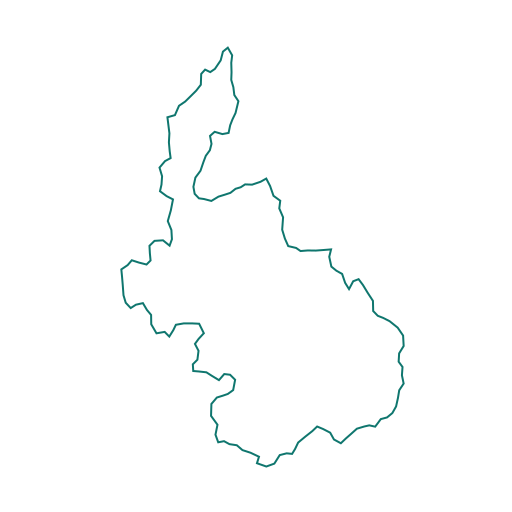 São Miguel do Anta, Minas Gerais, Brazil (Equal Earth projection), rotated 173°
{"feature_id": "56859067B35975223000187", "entity_name": "São Miguel do Anta", "entity_type": "district", "adm_level": 2, "iso_a3": "BRA", "parent_name": "Brazil", "parent_adm1": "Minas Gerais", "projection": "equal_earth", "projection_center": [-42.703, -20.747], "detail": "fine", "context": "isolated", "style": "outline", "palette": "teal", "viewbox_px": 512, "rotation_deg": 173, "n_neighbors": 0, "source": "geoboundaries", "source_scale": "gbopen_adm2", "svg_char_len": 2375}
<svg xmlns="http://www.w3.org/2000/svg" viewBox="0 0 512 512"><g transform="rotate(173 256 256)"><path d="M254.6,411.8L257.9,418.4L257.9,426.3L259.1,433.8L257.9,441.3L257.0,450.8L255.2,458.1L258.6,466.2L263.9,462.9L267.2,454.5L274.0,446.7L279.0,444.1L283.8,447.2L288.2,443.4L289.9,432.7L295.2,427.4L301.1,422.8L307.5,417.9L314.1,414.5L319.3,405.7L327.0,404.5L327.0,397.9L327.0,388.3L328.6,379.4L328.9,370.4L328.8,363.6L334.7,361.3L341.0,355.5L339.5,346.6L341.1,338.4L343.4,332.0L337.4,326.3L331.5,322.3L335.0,311.6L339.3,301.4L336.8,292.1L337.4,282.9L340.5,276.8L346.4,282.9L354.9,283.4L360.5,279.1L361.0,271.8L361.2,264.4L365.7,260.9L372.9,263.7L379.8,266.9L384.5,262.6L391.3,259.1L391.5,251.2L391.8,243.4L392.3,233.2L391.0,225.5L386.7,219.6L381.1,222.3L374.0,223.0L370.8,215.7L367.3,210.3L368.3,201.0L364.2,191.4L355.9,191.8L351.9,186.6L347.1,192.5L343.9,197.5L336.1,197.9L327.1,196.8L320.7,195.7L317.2,185.7L323.1,180.7L327.3,176.2L324.6,168.9L326.8,160.2L331.9,156.2L332.3,149.5L327.0,148.4L319.4,146.6L314.6,142.6L307.9,137.3L301.9,142.7L296.2,141.3L291.8,135.7L295.0,125.7L300.8,122.5L306.0,121.4L312.1,120.3L318.3,114.6L320.1,102.8L314.8,93.2L318.0,83.6L316.2,75.7L310.3,76.1L305.3,72.5L298.1,70.5L293.1,65.0L285.4,61.4L277.5,56.4L280.3,50.2L271.4,45.8L263.1,47.7L256.7,55.5L249.6,56.4L244.3,55.2L240.8,59.6L236.9,65.7L229.1,70.7L221.5,75.3L216.1,79.3L210.5,76.1L203.9,71.6L201.0,64.4L194.6,59.8L189.1,63.9L184.1,67.3L176.9,72.3L169.2,73.6L164.2,74.1L158.5,72.1L152.0,78.9L145.6,79.8L139.8,83.5L135.3,89.6L132.4,97.8L130.2,105.3L125.0,111.4L125.7,119.8L124.1,128.0L127.3,133.7L125.8,141.9L120.4,148.7L119.7,159.1L124.1,167.6L131.3,175.0L137.4,179.1L142.4,181.8L146.4,187.1L145.4,197.2L149.7,206.0L153.4,214.2L157.0,220.5L162.6,219.1L167.7,211.8L170.8,218.5L172.7,227.7L178.0,231.6L182.5,236.3L183.4,246.3L180.7,253.4L187.8,253.7L196.0,254.1L204.0,255.2L211.2,255.5L215.2,259.1L222.8,261.9L225.2,269.8L226.8,278.9L224.4,291.1L227.1,300.4L225.2,307.9L231.3,313.6L233.5,323.8L236.4,331.6L242.5,329.1L251.2,327.3L258.1,328.4L262.8,326.1L268.1,325.2L273.7,321.8L279.3,320.7L286.0,319.5L293.6,316.1L300.7,318.9L305.6,320.2L309.3,325.2L309.7,332.3L306.6,341.2L300.7,347.4L296.8,355.5L293.6,361.6L288.9,366.6L286.5,372.7L287.0,380.8L281.9,384.3L274.5,381.1L268.2,381.5L265.7,388.9L262.8,394.3L258.9,400.4L254.6,411.8Z" fill="none" stroke="#0f766e" stroke-width="2"/></g></svg>